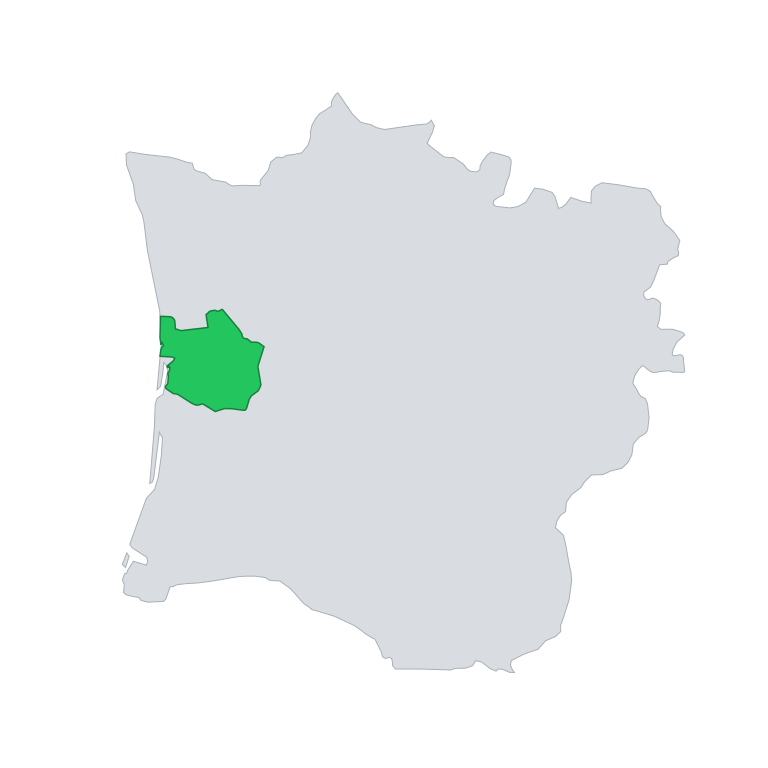 Sud-Bandama on a map of Ivory Coast (Mercator projection), rotated 100°
{"feature_id": "CIV-3447", "entity_name": "Sud-Bandama", "entity_type": "Department", "adm_level": 1, "iso_a3": "CIV", "parent_name": "Ivory Coast", "parent_adm1": "", "projection": "mercator", "projection_center": [-5.503, 5.631], "detail": "fine", "context": "in_parent", "style": "filled", "palette": "green", "viewbox_px": 768, "rotation_deg": 100, "n_neighbors": 0, "source": "natural_earth", "source_scale": "10m", "svg_char_len": 5362}
<svg xmlns="http://www.w3.org/2000/svg" viewBox="0 0 768 768"><g transform="rotate(100 384 384)"><path d="M161.3,142.2L164.0,142.1L171.1,140.1L177.4,135.3L183.4,125.5L191.4,117.6L200.5,118.2L203.2,116.7L206.4,116.5L210.1,121.6L214.0,125.6L216.7,125.7L218.7,133.2L235.2,136.3L242.3,138.4L248.2,143.9L250.3,144.0L252.8,142.9L254.8,140.9L255.2,138.9L252.6,133.9L253.7,129.5L256.4,125.5L260.7,125.3L267.1,124.1L274.4,124.1L279.9,124.8L282.1,120.9L280.0,109.7L280.6,103.6L281.5,98.4L283.5,96.3L291.7,102.8L299.2,105.2L304.5,105.4L306.0,104.1L303.7,97.0L304.4,94.9L306.3,93.6L309.9,92.9L319.4,90.0L320.4,90.6L322.2,101.8L321.4,105.5L323.4,113.1L325.9,120.1L325.7,123.0L323.6,127.4L321.2,131.4L321.5,133.0L325.3,135.7L332.6,138.6L340.1,139.2L344.3,135.1L348.7,131.8L351.7,128.8L352.8,124.4L357.6,121.1L371.2,117.1L383.8,116.4L386.9,117.7L392.5,123.9L399.8,128.1L410.7,127.6L418.7,130.1L425.6,134.9L430.2,145.4L435.3,153.0L437.5,163.8L445.4,169.5L451.7,172.0L460.1,179.9L468.9,183.9L478.0,183.0L482.2,187.1L489.0,190.0L495.8,190.2L501.7,181.1L509.6,177.6L529.5,170.3L537.3,167.1L545.3,165.0L564.4,164.3L582.2,166.6L591.1,168.2L597.1,167.0L602.9,171.3L608.8,180.3L613.6,183.2L618.6,186.3L622.3,193.4L626.6,200.5L629.0,203.6L634.3,210.6L638.9,210.7L643.4,207.7L645.4,205.4L646.2,210.0L644.4,217.5L644.8,222.1L647.3,223.8L646.0,229.8L640.7,239.8L640.7,245.8L645.9,247.7L649.6,254.0L651.8,264.8L654.1,268.5L654.3,270.7L658.1,296.9L662.7,323.2L659.8,326.6L655.7,327.6L653.0,328.8L652.3,331.2L654.0,334.8L652.9,338.1L647.8,340.4L636.8,348.7L636.0,352.0L633.1,359.1L630.6,363.5L627.0,371.5L621.3,392.7L619.2,410.3L618.8,415.8L616.6,419.5L614.1,425.0L602.1,440.1L596.0,452.4L596.8,457.7L597.1,463.1L595.2,467.0L595.6,477.4L597.1,486.1L599.2,494.6L607.9,518.8L612.4,533.4L615.2,545.2L617.7,553.2L620.0,556.4L621.0,559.4L633.9,561.6L636.4,563.4L639.9,578.8L639.3,585.7L636.8,588.4L636.9,594.2L636.3,601.6L634.4,604.4L627.2,604.8L622.3,607.6L615.8,606.5L615.2,604.7L611.7,604.0L602.1,599.9L603.7,586.5L599.3,585.9L595.8,587.7L589.0,603.7L585.8,606.5L538.0,598.2L527.6,591.6L515.1,590.1L493.5,590.8L475.6,592.8L470.5,596.8L515.6,594.5L520.5,594.9L522.7,597.4L465.7,602.7L443.9,605.8L437.4,604.9L432.5,599.8L408.9,599.2L404.0,600.9L401.1,604.6L410.4,603.8L425.1,603.6L429.1,606.5L383.1,610.3L351.2,617.5L337.7,622.8L293.2,640.3L266.0,648.6L258.9,651.7L246.6,660.3L230.7,665.6L212.9,675.7L202.1,678.0L199.6,674.8L199.3,657.7L197.8,634.9L198.4,626.1L199.8,617.9L199.9,611.1L205.3,608.5L206.7,605.7L207.5,596.8L212.6,588.7L212.7,574.6L214.2,571.7L215.3,567.9L213.1,558.7L210.3,541.2L209.0,540.1L207.7,540.8L204.9,541.2L193.7,535.1L185.1,534.1L179.1,528.9L178.7,523.1L175.7,519.6L173.7,512.8L170.6,505.1L162.1,500.3L154.2,499.2L148.5,500.2L141.8,499.9L134.2,497.3L128.9,494.3L124.0,488.7L119.3,484.1L115.6,484.7L111.1,483.6L106.7,481.5L105.3,479.9L123.8,461.8L130.1,452.9L130.7,447.5L130.8,442.0L132.8,436.4L133.3,427.8L123.1,396.7L120.5,387.0L117.7,384.2L116.0,383.2L121.1,379.2L128.3,380.2L139.3,383.3L141.6,380.2L149.9,364.5L149.7,358.7L148.9,354.6L153.7,343.9L157.6,339.7L159.6,335.2L158.9,329.0L156.0,326.8L152.2,327.2L147.6,325.7L140.6,322.1L137.0,319.0L138.1,304.8L138.8,300.3L141.3,297.8L145.1,297.1L156.0,296.7L164.7,298.3L172.5,299.2L176.6,299.2L179.9,303.5L184.3,307.8L188.2,307.7L189.6,304.5L188.7,290.5L186.1,283.0L180.2,275.8L164.9,269.7L164.6,261.2L166.1,251.9L169.4,248.4L180.8,242.5L178.8,239.3L175.1,236.0L167.9,232.5L169.6,221.4L169.9,211.5L163.9,212.6L157.6,213.2L152.4,210.1L147.9,204.1L147.1,187.5L147.1,168.3L146.3,159.8L148.0,155.3L153.3,151.1L159.2,145.7L161.3,142.2ZM609.6,606.7L607.1,610.4L595.0,608.0L597.9,605.0L609.6,606.7Z" fill="#d9dde1" stroke="#a8b0b8" stroke-width="1"/><path d="M395.6,609.4L389.4,609.7L386.7,609.3L384.4,607.9L381.8,609.8L383.7,610.4L384.4,610.4L377.1,612.7L356.9,615.7L356.2,615.9L356.1,615.7L354.9,606.6L354.9,605.5L355.3,604.0L355.7,603.3L356.0,602.7L356.9,601.8L357.7,601.3L358.5,600.9L365.9,599.0L366.7,593.2L358.9,567.1L347.5,571.0L346.1,571.2L345.8,570.9L345.6,570.4L345.2,569.9L344.2,569.5L343.7,569.2L343.4,568.9L343.0,568.4L342.4,567.8L342.1,567.4L341.9,567.0L341.5,565.2L341.3,564.7L341.1,564.4L340.9,563.9L340.8,562.9L340.8,562.4L340.9,562.0L341.1,561.6L341.3,561.1L341.3,560.2L340.4,558.7L340.0,558.3L339.7,557.8L339.2,557.2L338.6,556.2L355.4,536.3L359.6,532.5L360.4,532.4L361.2,532.1L362.4,531.2L363.0,530.6L363.3,530.0L363.4,528.3L363.3,526.6L365.8,521.9L365.8,521.1L365.3,519.1L365.0,515.8L365.5,513.8L368.1,508.6L388.5,511.3L406.1,505.1L408.1,505.4L412.4,506.6L418.6,512.5L422.3,514.0L431.7,515.1L433.1,515.6L434.0,516.5L434.3,518.4L434.8,529.7L435.9,536.8L440.4,545.4L435.3,558.5L435.2,559.3L435.2,559.7L435.4,560.1L435.9,560.9L436.7,562.5L436.9,563.0L437.3,564.9L437.3,566.1L437.1,567.3L436.1,570.7L430.3,584.6L430.0,585.6L429.9,586.3L429.9,586.9L430.0,589.1L430.0,589.6L429.9,590.2L426.7,597.2L426.2,597.8L425.9,598.2L425.5,598.5L425.0,598.7L424.3,598.6L423.3,598.3L422.0,597.3L421.1,597.1L419.9,597.1L414.2,597.6L413.3,598.0L413.2,597.8L412.6,597.8L411.6,598.8L409.9,598.4L408.2,597.6L406.8,597.8L406.3,597.8L405.3,597.4L404.8,597.7L404.7,598.6L405.1,599.7L404.8,599.6L403.8,599.1L403.8,600.1L403.8,600.4L404.5,600.1L404.7,600.4L405.0,601.0L404.9,600.9L403.6,600.3L402.6,599.6L397.9,595.6L397.0,595.2L396.0,594.8L394.9,594.6L394.2,597.1L395.6,609.4Z" fill="#22c55e" stroke="#15803d" stroke-width="1.5"/></g></svg>